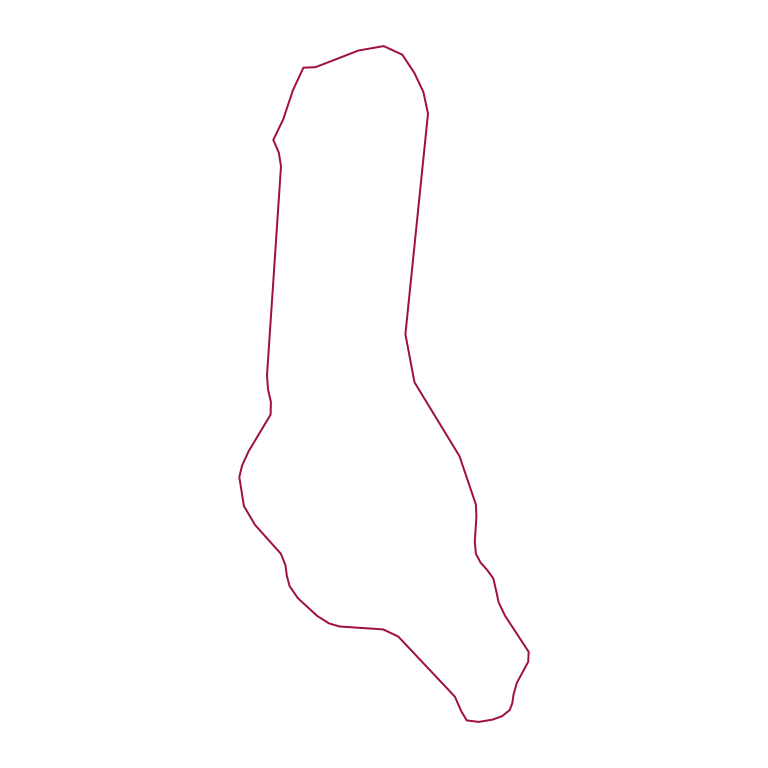 Andjazîdja, Natural Earth projection
{"feature_id": "COM-4935", "entity_name": "Andjazîdja", "entity_type": "state/province", "adm_level": 1, "iso_a3": "COM", "parent_name": "Comoros", "parent_adm1": "", "projection": "natural_earth1", "projection_center": [43.361, -11.647], "detail": "fine", "context": "isolated", "style": "outline", "palette": "rose", "viewbox_px": 768, "rotation_deg": 0, "n_neighbors": 0, "source": "natural_earth", "source_scale": "10m", "svg_char_len": 815}
<svg xmlns="http://www.w3.org/2000/svg" viewBox="0 0 768 768"><path d="M496.1,590.5L498.6,602.3L505.0,615.7L528.7,651.9L528.2,661.8L516.8,682.9L513.5,694.8L512.3,703.3L509.7,710.0L502.2,716.1L492.6,719.6L478.8,721.9L466.8,720.4L461.4,711.5L454.9,696.7L398.2,636.5L383.1,629.4L339.7,626.5L329.0,623.4L317.4,616.1L297.9,598.2L289.6,586.1L286.8,575.7L285.5,565.4L280.9,553.8L255.0,524.9L243.9,506.0L239.3,477.0L242.1,465.5L248.7,451.1L270.6,414.6L270.9,402.0L268.0,389.3L267.0,375.4L281.0,166.4L278.8,152.6L273.3,139.9L283.2,119.4L292.9,90.3L303.4,67.7L315.4,67.2L358.5,50.5L383.7,46.1L402.3,54.7L414.4,73.0L423.4,92.1L428.0,113.6L405.4,334.3L414.5,382.3L459.5,456.2L475.9,504.6L476.4,516.8L474.8,541.8L475.9,553.8L480.5,562.5L487.2,570.0L493.3,578.5L496.1,590.5Z" fill="none" stroke="#9f1239" stroke-width="2"/></svg>